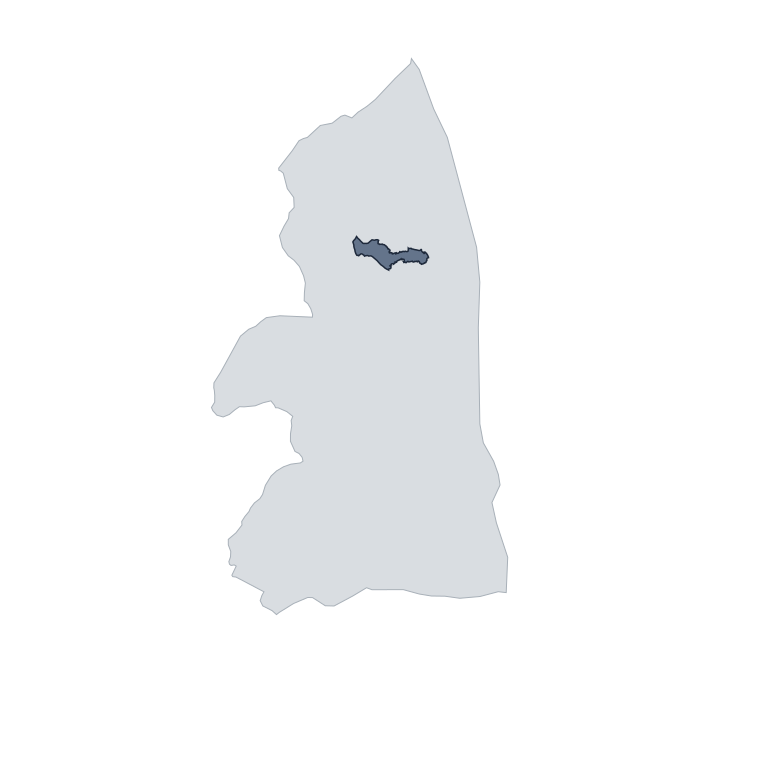 location of Seekon, Sinoe, Liberia, rotated 227°
{"feature_id": "62588387B87591253137556", "entity_name": "Seekon", "entity_type": "district", "adm_level": 2, "iso_a3": "LBR", "parent_name": "Liberia", "parent_adm1": "Sinoe", "projection": "mercator", "projection_center": [-8.669, 5.635], "detail": "fine", "context": "in_parent", "style": "filled", "palette": "slate", "viewbox_px": 768, "rotation_deg": 227, "n_neighbors": 0, "source": "geoboundaries", "source_scale": "gbopen_adm2", "svg_char_len": 6329}
<svg xmlns="http://www.w3.org/2000/svg" viewBox="0 0 768 768"><g transform="rotate(227 384 384)"><path d="M148.1,331.1L154.2,325.9L163.1,309.3L175.6,293.3L187.3,283.8L196.6,274.1L206.3,266.6L220.4,257.9L241.8,234.9L246.9,232.3L250.3,216.4L255.7,196.1L261.9,189.8L276.5,186.1L279.9,182.6L285.1,168.3L288.4,151.7L288.7,148.1L294.5,147.6L304.3,144.0L310.0,145.7L312.6,150.5L313.9,154.5L343.7,144.1L346.3,142.0L347.9,142.3L351.6,151.7L353.8,151.1L355.6,148.4L357.6,148.1L359.9,149.4L362.2,153.8L366.0,157.7L372.5,160.4L376.6,164.2L376.1,174.2L377.7,183.9L380.5,186.2L382.0,192.0L382.8,198.3L384.3,201.7L385.4,208.1L384.8,215.0L386.0,219.8L390.8,228.2L393.7,238.7L393.7,246.2L392.0,254.0L388.9,261.2L383.3,269.0L382.8,272.1L386.1,274.1L391.1,274.5L395.3,272.9L405.9,276.5L411.4,281.7L416.3,288.0L420.6,291.2L422.6,295.2L430.1,294.1L438.8,290.3L440.6,288.5L443.2,289.4L448.8,289.8L452.7,282.9L455.9,274.9L462.6,266.2L466.0,262.8L466.8,257.3L467.2,250.1L469.6,243.9L475.2,240.5L481.2,240.6L484.5,241.8L486.2,247.8L491.0,252.4L495.1,255.6L497.3,256.9L500.8,260.4L504.0,272.6L516.9,311.7L516.3,322.4L513.7,329.5L513.6,336.4L512.8,343.2L504.9,354.4L481.7,377.2L483.5,379.2L489.0,381.8L494.7,383.1L499.3,382.4L505.1,388.1L511.4,395.3L518.0,399.0L527.6,402.3L535.9,402.6L543.1,401.4L553.1,402.8L563.8,408.7L567.6,418.5L570.1,427.0L573.9,431.4L574.4,438.7L582.0,445.2L592.8,446.5L606.8,454.1L610.4,453.7L611.9,452.8L613.7,454.2L617.2,476.1L619.9,487.8L618.5,492.4L616.6,496.1L616.5,513.8L610.1,524.0L609.1,535.2L607.3,538.8L600.5,542.0L600.5,550.5L598.7,560.9L598.0,571.8L599.9,600.6L600.2,622.0L603.3,626.0L590.1,624.3L551.2,607.9L521.2,598.5L420.9,545.0L393.1,523.5L360.9,491.4L289.5,426.9L273.2,416.5L252.7,411.5L240.0,406.0L231.0,400.0L223.7,382.1L205.8,371.5L172.9,356.3L148.1,331.1Z" fill="#d9dde1" stroke="#a8b0b8" stroke-width="1"/><path d="M497.6,452.1L497.0,452.0L496.6,451.9L496.1,452.4L495.9,452.6L495.6,452.9L495.4,452.9L495.0,453.0L495.0,453.5L495.1,453.8L495.2,454.0L495.0,454.4L494.9,454.7L494.9,455.1L495.0,455.5L494.8,456.1L494.5,456.3L494.0,456.6L493.4,456.9L492.8,456.9L492.5,456.9L492.4,456.9L492.1,457.2L491.2,457.0L490.8,457.0L490.7,457.0L490.5,457.8L490.2,458.2L490.0,458.5L489.3,459.5L488.7,459.9L488.1,460.0L487.5,460.7L487.3,461.0L487.2,461.1L487.1,461.3L486.7,461.8L485.1,462.4L482.3,462.7L481.6,462.8L478.8,463.1L476.3,463.0L476.0,463.0L474.0,463.0L473.9,463.0L473.4,463.0L471.1,463.5L470.5,463.6L468.0,463.8L466.3,464.3L466.0,464.4L465.8,464.5L464.2,465.1L464.5,465.3L464.6,465.7L464.8,466.3L464.4,466.8L464.0,467.4L464.0,467.8L464.4,468.4L464.6,468.7L464.9,469.1L465.2,469.0L465.5,468.9L466.4,468.9L466.4,469.6L466.0,470.4L466.4,470.5L466.7,471.0L466.7,471.4L466.3,472.1L465.8,472.7L465.8,472.8L465.4,473.5L465.1,473.1L464.9,474.1L465.3,474.7L465.7,475.3L465.3,475.6L465.1,475.3L464.8,475.6L464.5,476.2L464.6,476.6L465.0,476.8L465.0,477.0L465.0,477.8L464.9,478.0L464.8,478.5L464.4,479.1L464.4,479.5L464.4,480.0L464.1,480.1L463.8,480.8L463.9,481.9L463.6,481.8L463.0,481.7L462.6,482.1L462.8,482.7L462.3,483.1L461.8,483.3L461.5,483.6L461.1,483.5L460.7,483.3L460.2,482.6L459.6,482.1L460.0,481.8L459.7,481.8L459.6,481.6L459.4,481.4L459.1,481.8L458.8,482.1L458.7,482.6L458.3,482.6L457.7,482.8L457.6,483.3L457.6,484.3L457.5,485.0L457.1,485.3L456.3,485.4L455.6,486.6L454.9,487.8L454.4,488.5L453.9,488.3L453.3,488.7L452.8,489.0L452.8,489.6L452.6,490.3L451.9,490.7L451.7,491.2L451.5,491.6L451.0,491.6L450.6,491.7L450.6,492.2L450.7,492.7L450.6,492.9L450.2,492.9L449.7,493.0L449.4,493.3L449.0,493.1L448.5,492.7L447.6,492.7L447.2,493.1L446.6,493.3L446.2,493.0L445.9,493.1L445.4,494.3L445.1,494.7L445.2,495.1L444.8,495.7L444.9,496.0L445.0,496.3L444.5,496.8L444.3,497.5L444.7,498.1L445.1,498.9L445.0,499.5L446.0,500.4L446.4,500.8L446.5,501.3L446.4,502.0L446.0,502.7L446.5,503.1L447.1,503.2L447.5,503.4L448.0,503.6L448.6,503.8L449.4,503.9L450.1,504.0L450.5,504.2L450.8,504.1L451.5,504.0L452.2,504.1L452.4,504.0L452.9,503.6L453.1,503.3L452.4,503.1L452.0,502.7L452.1,502.3L452.5,502.3L452.9,502.6L453.2,502.5L453.4,502.3L453.7,502.1L454.2,502.1L455.1,502.1L456.1,502.4L456.7,503.0L456.8,503.0L457.1,502.9L457.1,502.2L457.1,501.4L457.8,500.6L458.6,500.1L459.8,499.3L460.5,498.8L461.1,498.3L462.3,497.5L462.7,497.3L463.1,497.1L463.6,496.5L464.1,496.4L464.6,496.4L464.8,496.3L465.3,495.6L465.5,495.3L465.8,495.1L466.0,494.9L466.1,494.5L466.5,494.4L466.8,494.4L466.5,494.1L465.8,493.5L465.3,492.9L464.8,492.3L464.8,491.7L465.1,491.2L465.9,490.4L466.4,490.3L466.7,489.9L466.9,489.5L467.0,489.0L467.4,488.8L467.7,488.7L468.0,488.4L468.1,488.0L468.4,487.8L468.6,487.4L468.4,487.2L468.6,486.6L468.9,486.2L469.2,486.0L469.9,486.0L470.1,485.8L469.9,485.4L469.6,485.0L469.9,484.1L469.9,483.5L470.3,483.0L470.7,482.7L471.1,482.7L471.3,482.1L471.1,481.8L471.0,481.5L471.1,481.3L471.5,481.3L471.8,481.5L472.0,481.9L472.2,481.5L472.6,480.9L472.8,480.4L472.9,479.8L473.1,479.4L473.4,478.9L473.7,478.8L474.0,479.2L474.1,479.3L474.5,479.1L474.9,479.0L475.3,478.7L475.5,478.3L475.8,477.7L476.2,477.4L476.4,477.4L477.2,478.0L477.0,478.4L477.2,478.8L477.3,479.2L477.7,479.5L478.0,479.7L478.3,479.6L478.6,479.4L478.9,479.4L479.3,479.5L479.7,479.6L480.1,479.0L480.4,479.0L481.1,479.4L481.3,479.5L481.6,479.7L482.0,479.7L482.6,479.3L482.9,479.4L483.3,479.6L483.7,479.5L484.0,479.6L484.5,479.3L484.9,479.3L485.3,479.3L485.7,479.2L486.3,478.7L486.6,478.3L487.1,478.3L487.3,478.3L487.7,478.0L487.9,477.4L488.1,477.1L488.6,476.8L488.7,476.6L488.9,476.3L489.1,476.0L489.5,476.1L489.8,476.0L490.1,475.6L490.6,475.4L491.1,475.6L491.3,475.9L491.5,476.3L491.7,476.6L492.0,476.6L492.3,476.9L492.4,477.4L492.6,477.8L492.7,477.7L493.0,478.0L493.6,477.8L493.9,477.6L494.3,477.3L494.7,476.8L495.2,476.1L495.3,475.7L495.8,474.9L496.1,474.7L496.8,474.2L497.6,473.6L497.7,473.1L497.7,472.1L497.8,470.9L497.8,469.0L497.8,468.9L497.9,468.3L498.0,468.1L498.4,467.6L498.5,467.3L499.4,466.4L500.3,465.4L500.6,465.2L500.8,464.8L501.2,464.6L501.5,464.5L503.0,464.5L504.3,464.4L505.2,464.4L506.4,464.5L507.0,464.4L508.1,464.3L508.8,464.3L510.1,464.5L510.4,464.5L510.6,464.5L510.4,464.0L509.8,462.3L509.6,460.9L509.6,459.6L509.3,458.8L509.3,458.6L509.2,458.6L509.0,458.3L508.7,458.0L508.7,457.9L508.2,457.7L507.6,457.4L506.2,456.7L504.9,455.6L503.6,454.9L502.0,454.2L500.9,453.4L499.9,452.9L498.8,452.4L497.6,452.1Z" fill="#64748b" stroke="#1e293b" stroke-width="1.5"/></g></svg>